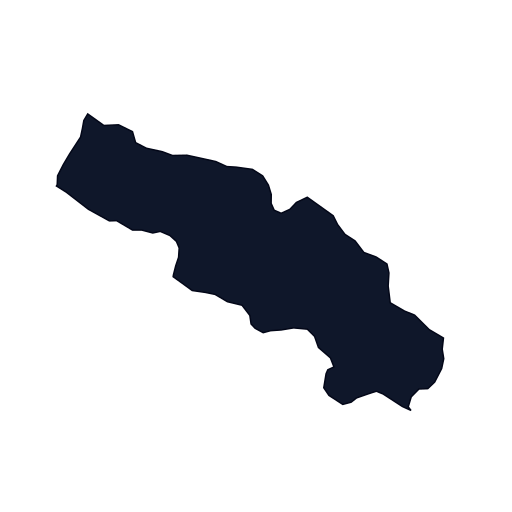 Gävle, Gävleborg, Sweden (orthographic projection), rotated 303°
{"feature_id": "70781695B31368722399437", "entity_name": "Gävle", "entity_type": "district", "adm_level": 2, "iso_a3": "SWE", "parent_name": "Sweden", "parent_adm1": "Gävleborg", "projection": "orthographic", "projection_center": [17.057, 60.688], "detail": "fine", "context": "isolated", "style": "filled", "palette": "ink", "viewbox_px": 512, "rotation_deg": 303, "n_neighbors": 0, "source": "geoboundaries", "source_scale": "gbopen_adm2", "svg_char_len": 1378}
<svg xmlns="http://www.w3.org/2000/svg" viewBox="0 0 512 512"><g transform="rotate(303 256 256)"><path d="M206.0,50.5L206.2,62.1L203.9,90.0L205.6,113.9L209.7,119.8L210.5,138.3L215.5,146.0L219.1,156.9L224.5,162.3L226.3,172.7L224.9,181.3L220.9,187.2L212.7,191.8L204.1,194.0L195.0,197.1L193.5,197.8L193.0,208.5L192.3,221.3L197.9,233.4L201.5,242.6L202.1,256.9L207.1,271.1L202.8,283.2L196.3,288.9L194.9,294.6L195.6,303.8L201.3,308.9L207.7,317.4L216.2,326.7L222.6,338.9L220.5,348.9L213.3,358.2L211.1,373.9L205.4,381.8L199.7,378.2L195.4,378.9L182.4,384.6L178.8,393.1L178.8,409.6L185.2,415.4L191.7,417.6L201.0,424.8L208.1,430.5L209.5,437.7L209.5,460.7L210.9,470.1L212.4,465.8L222.4,462.9L233.2,465.1L238.3,472.3L247.6,474.5L262.7,473.0L272.1,469.4L279.3,462.9L289.3,457.9L289.3,457.4L288.6,441.3L292.8,421.2L290.7,410.5L289.9,394.0L302.8,383.2L314.2,376.7L320.6,370.2L320.6,364.2L320.6,357.4L317.7,344.5L322.6,330.9L322.6,318.8L326.8,307.3L331.8,298.8L333.2,267.0L322.9,260.7L313.6,259.0L305.5,253.8L304.3,246.3L308.4,240.0L315.9,235.3L322.2,227.8L326.8,218.0L326.7,205.8L319.7,190.9L315.1,182.8L313.3,170.8L307.5,155.3L302.9,143.2L294.8,131.2L292.5,120.8L286.7,105.4L285.5,93.3L293.0,84.7L291.2,69.3L282.6,57.3L283.5,37.5L275.9,37.8L268.3,41.0L260.2,44.1L249.4,44.1L240.0,44.1L227.8,44.6L215.2,45.9L207.6,50.4L206.0,50.5Z" fill="#0f172a" stroke="#020617" stroke-width="1.5"/></g></svg>